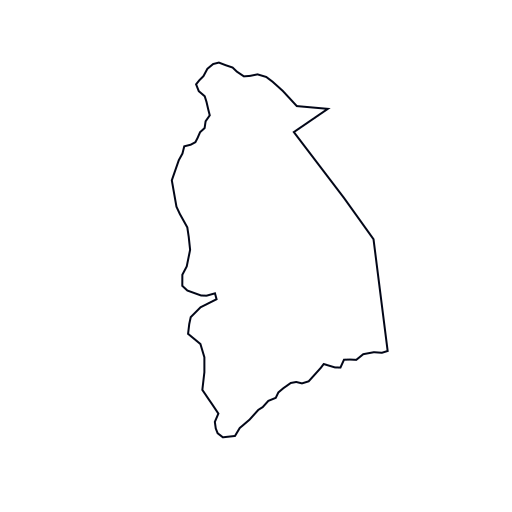 outline of Quixaba, Pernambuco, Brazil, rotated 312°
{"feature_id": "56859067B2724242969158", "entity_name": "Quixaba", "entity_type": "district", "adm_level": 2, "iso_a3": "BRA", "parent_name": "Brazil", "parent_adm1": "Pernambuco", "projection": "natural_earth1", "projection_center": [-37.864, -7.714], "detail": "fine", "context": "isolated", "style": "outline", "palette": "ink", "viewbox_px": 512, "rotation_deg": 312, "n_neighbors": 0, "source": "geoboundaries", "source_scale": "gbopen_adm2", "svg_char_len": 1225}
<svg xmlns="http://www.w3.org/2000/svg" viewBox="0 0 512 512"><g transform="rotate(312 256 256)"><path d="M99.1,352.7L108.2,360.8L117.3,359.0L129.9,360.7L143.3,360.7L148.2,362.1L156.6,362.1L163.8,365.6L169.6,363.9L176.1,364.8L184.9,366.8L189.3,370.2L192.1,375.4L198.1,379.0L209.1,379.0L216.2,379.0L221.0,378.6L226.0,389.2L229.6,393.4L237.8,390.8L242.0,395.2L245.9,400.0L254.8,401.4L263.4,408.0L268.3,414.3L273.5,417.4L347.1,332.1L358.0,282.6L373.4,201.2L413.4,210.9L394.7,186.0L396.6,165.4L396.6,151.6L395.9,143.8L392.0,135.6L385.8,131.0L381.4,126.8L380.2,118.4L380.4,112.5L377.5,105.8L374.9,99.0L370.0,95.7L362.6,94.6L354.5,96.6L348.7,96.3L343.5,96.6L340.2,103.2L340.4,111.0L337.4,116.1L333.2,122.1L329.6,127.5L322.4,128.4L316.7,132.2L310.6,131.6L304.6,133.6L300.0,134.8L295.0,133.0L289.5,129.3L282.9,132.8L275.6,134.5L255.9,142.8L239.4,163.9L236.3,171.2L231.3,185.8L225.2,193.2L216.5,202.9L201.9,211.5L192.8,213.8L184.5,221.2L184.4,228.1L189.9,241.6L193.4,245.8L200.8,250.5L197.5,255.6L180.8,249.1L166.9,248.4L160.8,251.9L152.7,257.6L153.4,273.6L146.2,285.4L135.1,295.4L120.6,305.7L117.9,316.6L116.4,322.9L113.7,333.5L105.2,336.4L100.9,341.5L98.6,346.1L99.1,352.7Z" fill="none" stroke="#020617" stroke-width="2"/></g></svg>